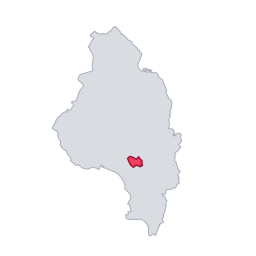 location of Qom within Iran, rotated 215°
{"feature_id": "IRN-3232", "entity_name": "Qom", "entity_type": "Province", "adm_level": 1, "iso_a3": "IRN", "parent_name": "Iran", "parent_adm1": "", "projection": "robinson", "projection_center": [50.771, 34.662], "detail": "fine", "context": "in_parent", "style": "filled", "palette": "rose", "viewbox_px": 256, "rotation_deg": 215, "n_neighbors": 0, "source": "natural_earth", "source_scale": "10m", "svg_char_len": 4134}
<svg xmlns="http://www.w3.org/2000/svg" viewBox="0 0 256 256"><g transform="rotate(215 128 128)"><path d="M127.9,77.0L130.3,77.1L134.6,75.7L135.0,75.4L136.2,72.5L137.7,71.2L140.3,69.7L142.0,69.2L147.9,69.4L148.3,68.2L149.3,67.6L155.7,68.0L156.7,68.9L157.2,70.5L162.5,72.0L163.7,72.5L165.0,73.7L166.1,74.0L167.5,73.5L168.3,73.8L169.7,73.5L173.9,75.3L174.6,77.1L175.3,78.0L176.3,78.7L179.6,80.1L180.6,81.0L183.1,84.3L189.8,84.3L190.3,85.0L190.3,86.5L190.8,89.9L190.4,91.2L191.3,92.3L191.2,94.5L191.6,96.0L191.0,98.1L190.2,98.5L190.7,100.3L190.1,102.1L190.2,102.8L189.2,104.3L189.1,104.9L187.2,106.3L188.7,108.4L186.6,108.5L185.3,110.7L185.7,113.3L185.4,114.7L185.6,115.4L186.2,115.9L189.1,116.5L189.2,116.8L186.2,120.6L186.4,122.1L188.9,129.9L188.6,133.7L189.0,137.7L196.4,138.9L197.3,139.9L197.9,142.1L197.9,143.7L197.7,144.6L189.7,154.7L194.0,159.7L194.2,160.8L196.9,165.8L199.3,168.3L203.4,169.7L205.3,171.5L207.1,171.5L207.0,174.0L207.8,179.2L207.3,181.6L208.7,182.1L211.0,181.7L211.8,182.2L212.2,183.1L211.7,183.6L211.8,185.6L211.3,186.1L211.1,188.0L207.8,188.1L204.7,188.9L203.6,189.7L203.0,191.0L202.0,190.9L201.7,191.5L199.5,192.4L198.8,196.4L198.0,197.3L197.5,203.0L197.0,203.1L195.9,204.1L189.2,202.2L188.5,200.8L187.8,200.6L186.9,201.9L183.5,201.2L182.4,201.4L181.7,201.0L179.9,201.0L178.4,200.1L174.8,200.8L172.5,199.4L170.1,199.0L167.2,199.0L164.8,198.0L163.6,198.4L163.0,197.6L159.4,196.9L158.3,194.4L158.2,193.1L157.3,190.9L157.0,187.7L156.1,185.4L154.6,183.4L150.5,182.3L148.4,182.9L146.9,184.0L144.3,184.6L142.3,186.8L141.2,186.6L136.4,189.5L135.4,189.5L131.9,187.5L130.3,187.2L127.1,187.2L125.3,185.9L124.8,185.0L120.6,182.9L118.0,181.0L117.2,179.2L116.1,178.0L113.6,176.9L112.1,175.8L108.2,175.4L105.5,172.6L105.5,171.7L103.8,168.7L103.6,166.4L103.2,165.9L101.8,164.9L101.6,164.3L101.9,162.9L100.1,162.1L99.9,161.4L99.9,159.2L95.7,154.0L94.8,151.2L94.0,151.0L90.3,152.9L89.2,151.9L85.9,150.0L85.4,149.3L86.3,149.0L87.1,149.3L87.6,148.9L87.4,148.3L86.6,147.9L85.4,148.0L85.7,148.5L84.7,149.1L84.4,149.8L84.7,152.0L84.2,152.6L82.5,152.9L81.4,153.6L80.4,152.8L80.1,151.3L79.5,150.2L78.6,149.9L77.9,148.9L76.7,148.4L76.8,142.9L73.9,142.8L73.9,138.7L75.2,134.6L72.5,130.9L71.3,128.0L70.6,127.5L69.1,127.6L64.4,123.8L62.7,122.8L60.4,122.5L60.1,121.2L60.7,119.7L59.7,117.7L59.3,117.2L58.4,116.9L58.5,115.7L57.2,115.8L55.0,112.4L54.3,112.0L55.6,109.4L54.8,107.4L55.3,105.6L56.5,105.7L56.9,103.4L59.0,101.0L60.9,100.0L61.1,99.2L60.7,98.0L59.6,96.3L59.8,95.0L60.2,94.3L62.1,93.6L62.2,93.3L61.3,92.8L57.9,92.8L56.1,91.2L54.4,90.8L53.4,87.2L53.2,86.8L52.4,86.7L51.9,86.0L51.6,83.7L50.4,82.7L49.5,79.2L49.5,78.3L49.8,77.6L48.0,76.1L47.8,73.8L48.2,73.2L46.0,71.6L45.1,71.5L45.0,71.2L46.5,67.6L47.1,66.8L45.9,66.2L45.9,64.5L45.6,63.0L45.7,61.6L44.9,60.6L44.7,59.9L45.0,58.4L44.2,57.6L43.8,56.0L46.9,55.5L47.5,53.0L48.6,51.9L50.6,53.1L53.2,57.2L54.8,58.4L56.0,59.8L61.9,61.2L63.1,60.8L65.2,60.9L67.7,58.3L68.9,58.0L71.9,55.5L75.6,53.2L77.5,52.8L80.2,55.7L78.6,56.6L78.4,57.4L78.5,58.1L79.8,58.8L79.9,59.7L79.5,60.1L77.9,60.5L77.4,61.4L79.2,62.7L80.0,63.9L81.0,64.2L82.4,66.0L84.8,65.7L85.2,70.1L86.5,73.7L89.0,75.2L95.5,76.4L96.2,77.1L97.3,79.0L98.9,80.4L104.0,83.2L109.5,84.6L113.2,84.5L126.7,81.3L127.9,81.3L125.9,82.1L126.7,82.5L128.4,82.5L128.8,82.1L128.9,81.6L127.9,77.0ZM149.1,185.2L148.3,186.4L147.0,187.5L146.1,187.2L142.3,188.7L141.3,188.6L141.2,188.1L145.3,186.3L145.5,185.9L145.3,184.9L146.6,185.3L148.1,184.5L149.3,184.3L149.9,184.9L149.1,185.2Z" fill="#d9dde1" stroke="#a8b0b8" stroke-width="1"/><path d="M109.8,106.0L106.9,106.8L106.2,106.8L104.3,107.0L103.5,107.3L103.2,107.7L103.1,108.0L102.8,110.0L103.0,110.4L103.3,110.6L101.3,110.0L100.4,109.5L98.1,109.3L97.5,108.9L97.1,108.4L96.9,107.9L97.0,107.4L96.8,107.1L96.6,106.8L96.3,106.7L96.0,106.7L95.7,106.6L95.3,106.2L94.8,105.7L94.9,105.1L95.7,104.7L95.8,104.5L95.6,104.2L95.6,103.6L96.1,103.2L96.9,103.3L97.7,103.1L98.2,102.7L99.3,102.5L100.2,102.2L100.3,102.2L100.4,101.8L100.6,100.2L100.9,99.4L101.1,99.0L103.6,99.1L105.7,99.7L110.6,102.6L110.7,103.0L110.7,103.8L110.5,104.7L110.1,105.6L109.8,106.0Z" fill="#f43f5e" stroke="#9f1239" stroke-width="1.5"/></g></svg>